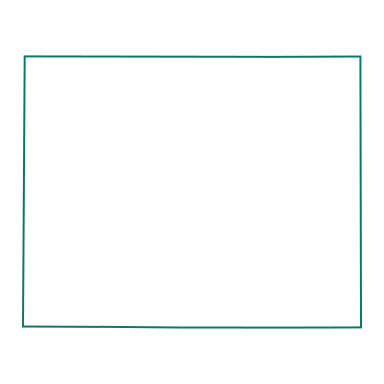 the district of Faribault, Minnesota, United States of America
{"feature_id": "52423323B73939682946429", "entity_name": "Faribault", "entity_type": "district", "adm_level": 2, "iso_a3": "USA", "parent_name": "United States of America", "parent_adm1": "Minnesota", "projection": "albers", "projection_center": [-93.868, 43.674], "detail": "fine", "context": "isolated", "style": "outline", "palette": "teal", "viewbox_px": 384, "rotation_deg": 0, "n_neighbors": 0, "source": "geoboundaries", "source_scale": "gbopen_adm2", "svg_char_len": 382}
<svg xmlns="http://www.w3.org/2000/svg" viewBox="0 0 384 384"><path d="M361.0,327.4L360.4,56.5L293.4,56.8L260.5,56.9L259.0,56.9L256.9,56.8L255.7,56.8L24.7,56.4L23.0,326.5L100.9,326.9L101.9,326.8L109.6,326.9L110.5,326.9L179.3,327.5L277.9,327.6L278.8,327.6L293.3,327.6L322.8,327.5L327.0,327.5L329.2,327.5L332.3,327.5L361.0,327.4Z" fill="none" stroke="#0f766e" stroke-width="2"/></svg>